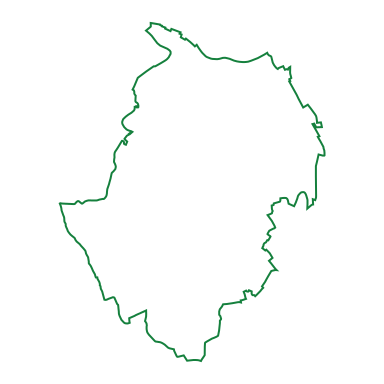 outline of Kim Bang, Hà Nam, Vietnam
{"feature_id": "81297802B80649611591308", "entity_name": "Kim Bang", "entity_type": "district", "adm_level": 2, "iso_a3": "VNM", "parent_name": "Vietnam", "parent_adm1": "Hà Nam", "projection": "orthographic", "projection_center": [105.849, 20.571], "detail": "fine", "context": "isolated", "style": "outline", "palette": "green", "viewbox_px": 384, "rotation_deg": 0, "n_neighbors": 0, "source": "geoboundaries", "source_scale": "gbopen_adm2", "svg_char_len": 5950}
<svg xmlns="http://www.w3.org/2000/svg" viewBox="0 0 384 384"><path d="M267.2,52.8L264.3,54.6L257.8,58.1L250.9,60.8L248.1,61.7L245.7,62.0L243.2,62.1L239.5,61.8L237.0,61.4L234.0,60.6L229.6,58.8L227.2,58.2L225.3,57.8L224.1,57.8L222.8,57.9L219.6,58.8L217.8,59.1L215.8,59.1L212.4,58.9L210.9,58.6L207.0,57.1L205.7,56.3L202.3,52.9L201.1,51.4L198.6,47.9L196.7,44.8L194.9,46.4L193.5,45.0L190.2,42.0L185.9,38.6L185.0,39.7L180.8,37.3L181.6,34.5L179.6,33.7L180.5,32.3L171.4,28.9L170.5,31.1L165.1,28.6L165.4,27.6L161.8,26.3L161.9,25.7L159.9,24.9L159.9,24.5L150.7,23.0L150.8,26.4L150.6,26.8L146.0,30.6L149.3,33.4L151.8,35.9L154.4,39.4L157.3,43.2L160.2,45.6L167.4,48.8L169.8,50.6L170.6,51.9L170.6,53.6L170.3,54.6L169.9,55.0L168.8,57.2L167.1,59.1L166.1,59.9L164.6,60.9L160.6,63.3L156.0,65.9L155.2,66.3L153.7,66.3L146.2,71.5L137.8,77.8L134.2,86.4L132.6,89.6L133.9,90.4L134.3,91.9L134.3,93.4L134.5,94.0L134.9,94.7L135.7,95.6L135.4,100.7L135.5,101.5L135.8,102.0L137.2,102.9L137.9,103.8L138.2,104.8L138.4,105.9L138.3,107.2L138.1,107.4L136.9,107.4L136.6,106.2L136.2,106.2L135.8,106.3L135.5,106.9L134.7,106.9L134.7,108.0L134.5,109.5L134.0,110.5L131.5,112.7L128.3,114.7L125.7,116.7L123.7,118.6L123.1,119.3L122.6,120.6L122.2,121.9L122.2,122.8L122.4,123.9L122.8,124.7L124.2,127.1L125.2,128.1L126.4,129.3L127.5,130.0L129.6,130.8L131.4,131.3L132.4,131.9L130.2,133.8L129.8,133.2L128.9,133.9L129.3,134.4L126.9,135.7L124.5,138.8L124.6,139.2L127.2,141.6L125.9,144.8L124.4,144.2L124.0,143.6L124.0,142.6L123.8,141.8L123.4,141.3L122.6,140.9L121.9,140.9L117.8,147.7L115.9,150.6L115.3,151.4L114.9,152.2L114.6,153.1L114.4,154.7L114.5,157.5L114.2,159.2L114.0,161.9L115.2,164.4L115.7,166.0L115.8,166.8L115.6,167.9L115.3,169.1L113.4,171.4L112.3,172.4L111.7,173.1L110.5,178.7L109.5,182.2L109.0,184.2L107.3,189.1L107.0,191.7L106.9,193.6L106.5,195.5L106.0,196.6L105.0,197.9L104.1,198.8L103.6,199.0L102.9,198.9L99.4,199.6L97.4,200.3L96.2,200.5L88.4,200.4L86.8,200.8L85.1,201.4L82.5,203.5L81.6,203.5L78.9,201.3L78.3,201.1L77.6,201.2L76.7,201.8L74.8,203.9L74.0,204.1L62.9,203.6L60.2,203.3L59.8,203.1L59.5,202.7L60.7,205.8L61.3,208.0L61.6,210.5L63.3,215.3L63.9,216.7L64.2,217.8L64.4,221.3L64.6,222.0L65.6,223.7L65.7,224.3L65.7,225.4L65.8,226.0L66.3,227.3L67.1,229.0L67.8,231.0L68.8,232.5L70.4,234.5L72.0,235.9L74.4,237.8L74.8,238.3L75.4,239.8L76.6,241.5L79.7,244.1L81.1,245.9L83.5,248.5L85.3,250.7L85.6,251.5L86.0,253.4L86.6,254.7L87.6,256.4L88.1,257.3L88.8,261.6L88.8,263.1L89.0,263.7L89.7,264.4L90.9,266.2L91.8,268.1L93.0,270.9L94.9,274.3L95.6,276.9L96.0,277.5L97.3,277.4L97.6,279.0L99.2,281.8L99.7,283.3L99.9,284.4L99.8,285.3L100.5,286.2L100.8,288.8L101.0,289.1L102.2,291.5L104.4,299.7L105.5,299.9L106.7,299.7L108.6,298.8L113.0,297.2L114.1,297.5L114.4,297.7L117.1,303.9L118.1,304.9L118.3,306.5L118.5,308.8L118.8,311.3L118.9,313.4L119.0,314.1L119.5,315.7L121.4,319.8L124.0,322.6L124.6,323.0L125.3,323.3L127.2,323.5L128.3,323.3L129.7,322.8L129.4,321.2L129.2,318.2L134.5,315.9L135.9,315.1L146.1,310.5L146.2,314.0L146.1,316.6L145.3,320.1L145.1,320.9L145.1,321.3L145.5,321.7L146.5,323.4L146.8,325.4L146.6,326.6L146.6,329.0L146.9,330.9L147.2,332.0L147.5,332.7L148.9,334.7L154.9,341.1L155.5,341.5L160.1,342.2L161.0,342.5L162.3,343.1L163.6,343.9L164.8,344.7L168.0,347.6L169.2,348.2L169.9,348.4L173.9,349.3L174.2,350.9L176.5,355.8L177.0,356.6L177.4,356.8L178.5,356.7L183.7,355.4L187.1,360.7L193.4,360.0L195.7,360.0L197.4,360.1L198.8,360.3L201.0,361.0L201.7,359.6L204.1,356.1L204.7,355.1L204.8,346.6L205.0,343.1L205.2,342.6L207.1,341.4L212.0,338.6L214.1,337.8L216.6,336.7L218.1,335.7L219.1,330.5L219.9,323.0L219.9,320.7L221.0,319.3L221.1,318.7L220.3,316.1L219.9,315.6L219.3,314.9L219.2,314.4L219.2,311.5L219.8,309.3L222.0,306.5L223.1,304.3L226.9,304.0L232.4,303.2L237.9,302.2L239.4,302.1L241.0,302.5L240.7,300.4L242.1,300.2L246.0,298.9L245.5,297.8L244.6,294.1L244.1,292.9L243.7,291.8L246.1,290.6L246.6,291.3L247.6,291.6L248.2,291.6L248.6,291.3L249.0,290.3L251.7,291.4L251.6,293.2L251.8,294.1L252.1,294.6L252.5,295.1L254.4,295.2L255.2,296.2L256.5,295.0L260.4,291.0L261.7,289.3L263.2,287.8L262.0,286.4L265.4,281.4L265.5,281.0L268.2,276.2L271.3,271.0L273.6,270.4L275.7,270.0L276.6,270.1L275.4,268.9L271.3,263.6L269.0,260.8L272.5,257.9L269.8,253.3L268.2,251.6L266.3,249.7L265.3,250.5L262.3,248.1L262.8,247.5L262.8,246.8L263.4,245.9L263.6,244.5L264.0,243.7L264.5,243.1L265.9,242.4L266.1,242.1L267.3,240.1L267.7,240.1L268.3,240.3L270.5,236.6L270.3,236.2L268.5,235.0L267.5,234.1L267.6,233.7L269.1,231.0L269.5,230.6L272.0,229.3L273.6,228.5L274.2,228.4L275.2,227.6L274.5,225.8L271.9,221.0L267.6,215.1L270.4,214.0L271.9,213.3L272.2,212.0L272.7,211.0L272.1,209.8L271.9,208.5L271.7,205.5L273.3,205.1L273.6,204.9L273.8,203.4L279.8,201.7L280.0,201.5L280.3,200.7L280.4,198.3L282.8,198.0L284.6,197.9L286.0,198.0L286.4,198.2L287.1,198.8L287.5,199.4L287.9,200.4L288.6,203.7L294.1,206.2L295.8,202.5L297.3,198.5L297.7,197.0L298.0,196.0L298.6,195.0L300.1,193.3L301.2,192.4L302.1,192.2L303.2,192.1L303.9,192.2L304.5,192.5L305.1,193.1L305.8,194.3L306.3,195.7L307.3,199.1L307.5,200.2L307.5,203.9L307.3,208.6L311.4,205.1L312.3,204.6L313.1,204.5L312.8,199.2L315.2,200.1L315.5,199.1L316.0,197.8L316.1,196.1L315.9,176.6L315.9,166.1L317.0,161.6L318.6,154.5L322.8,155.6L324.3,155.6L324.5,155.4L324.5,155.0L324.5,152.8L324.3,150.5L323.6,148.4L323.4,146.9L320.4,141.3L318.5,138.1L317.8,136.8L319.4,136.2L316.7,131.4L312.5,124.1L314.2,123.6L316.2,127.3L321.9,127.1L321.5,125.0L320.9,122.4L317.0,122.8L317.0,121.4L316.5,117.7L316.1,116.1L315.1,114.4L310.7,108.4L307.8,104.7L303.2,107.5L298.6,98.9L296.7,94.9L289.2,81.4L290.2,81.0L289.3,79.2L290.8,78.4L291.3,78.0L290.8,75.9L290.3,74.2L290.1,72.8L290.2,66.9L288.9,67.7L288.3,68.5L287.9,69.6L287.0,69.3L286.4,69.2L285.0,69.8L284.1,68.1L283.2,66.2L279.0,67.9L278.2,68.4L277.8,69.0L277.3,68.7L276.5,68.1L275.1,66.5L274.0,65.0L273.0,63.1L272.7,62.5L272.4,61.2L271.3,56.8L271.0,56.4L270.7,56.1L269.0,55.4L268.0,54.4L267.6,53.7L267.2,52.8Z" fill="none" stroke="#15803d" stroke-width="2"/></svg>